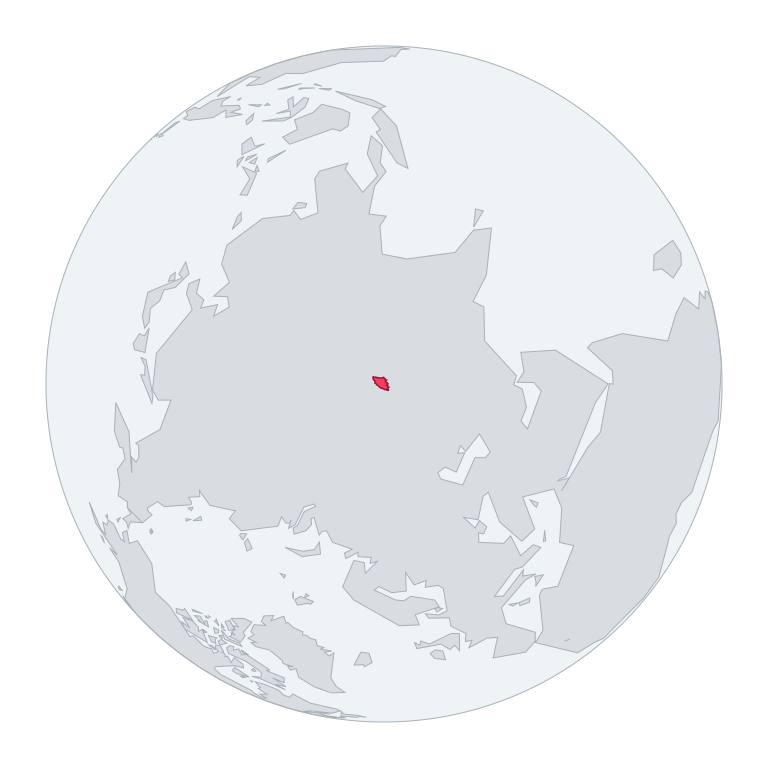 Ysyk-Köl on an orthographic globe, rotated 215°
{"feature_id": "KGZ-1117", "entity_name": "Ysyk-Köl", "entity_type": "Region", "adm_level": 1, "iso_a3": "KGZ", "parent_name": "Kyrgyzstan", "parent_adm1": "", "projection": "orthographic", "projection_center": [77.293, 42.048], "detail": "medium", "context": "on_globe", "style": "filled", "palette": "rose", "viewbox_px": 768, "rotation_deg": 215, "n_neighbors": 0, "source": "natural_earth", "source_scale": "10m", "svg_char_len": 12824}
<svg xmlns="http://www.w3.org/2000/svg" viewBox="0 0 768 768"><g transform="rotate(215 384 384)"><circle cx="384" cy="384" r="338" fill="#eef3f6" stroke="#a8b0b8"/><path d="M471.8,57.7L468.3,57.1L462.2,55.3L460.3,55.2L467.8,57.8L473.3,59.6L476.9,68.9L499.1,86.1L514.8,92.4L504.5,91.0L540.2,104.7L557.8,118.3L532.5,102.6L525.7,101.0L535.0,109.5L530.1,109.8L531.8,114.4L525.0,114.2L510.8,106.0L506.2,106.0L513.0,112.2L510.6,116.5L501.2,107.3L496.1,114.2L471.2,103.6L451.7,82.2L432.5,79.2L398.0,65.8L395.7,68.3L381.2,65.9L373.2,68.1L369.0,65.7L366.2,69.7L371.5,71.4L372.0,73.9L367.8,75.7L361.8,72.7L363.0,71.4L359.1,71.5L357.9,69.4L356.1,71.4L349.3,68.1L349.7,74.0L339.0,73.6L336.2,70.8L344.8,67.6L359.8,55.9L359.7,53.4L350.8,52.4L316.6,56.9L313.0,56.2L302.0,57.7L300.1,59.2L308.0,58.7L301.8,62.7L312.3,62.4L311.3,64.3L318.7,66.2L308.5,69.8L294.7,72.7L288.0,71.6L281.8,73.1L280.8,77.8L261.3,80.3L236.3,90.5L232.3,91.2L237.5,84.7L256.0,74.5L262.8,69.1L249.2,76.9L239.3,79.8L233.9,82.5L229.1,85.3L229.2,86.1L224.0,88.4L235.4,80.7L240.4,78.5L236.7,80.7L245.3,76.3L252.7,72.6L275.9,63.8L299.7,56.8L324.0,51.4L348.6,47.9L373.4,46.2L398.2,46.4L423.0,48.3L447.6,52.1L471.8,57.7ZM476.5,60.6L468.5,57.9L463.5,55.9L470.7,57.9L476.5,60.6ZM485.3,66.4L480.1,64.7L482.8,63.8L484.9,65.0L485.3,66.4ZM527.2,97.4L521.6,93.3L528.7,97.3L527.2,97.4ZM533.2,115.1L536.3,116.3L535.8,118.3L533.2,115.1ZM323.7,64.2L321.2,65.1L321.1,64.3L323.7,64.2ZM329.3,64.3L331.0,62.6L333.9,62.4L332.7,63.4L329.3,64.3ZM525.1,120.0L523.4,123.1L522.7,118.4L525.1,120.0ZM326.5,66.5L338.8,62.3L343.8,62.2L343.8,66.2L326.5,66.5ZM520.8,124.0L516.8,132.4L523.4,135.6L502.3,131.9L512.7,125.5L510.8,119.1L515.8,123.3L520.8,124.0ZM375.0,71.3L369.2,69.5L378.0,69.6L375.0,71.3ZM380.5,70.9L406.8,69.1L413.3,73.2L403.1,72.7L414.7,77.4L405.0,80.2L396.4,78.3L394.2,74.9L392.2,78.7L380.5,70.9ZM491.3,128.9L488.2,130.0L488.8,127.4L491.3,128.9ZM372.9,75.0L377.6,74.0L383.6,77.4L375.2,80.1L376.0,78.1L372.9,75.0ZM422.5,77.5L425.5,80.8L418.4,83.9L418.6,85.7L405.3,80.7L422.5,77.5ZM372.5,78.2L370.8,81.4L364.1,81.5L368.7,76.2L372.5,78.2ZM388.7,77.3L391.1,79.2L387.0,78.9L388.7,77.3ZM339.5,84.4L345.1,82.7L348.7,84.2L339.5,84.4ZM370.7,82.6L373.0,82.6L375.0,83.2L372.5,85.3L370.7,82.6ZM401.2,83.4L397.7,84.2L406.3,85.6L401.4,88.4L393.4,84.7L394.7,87.5L393.2,88.4L388.4,84.4L401.2,83.4ZM376.2,89.3L364.4,86.3L353.3,88.9L349.8,87.5L368.2,83.6L376.2,89.3ZM383.8,86.7L378.3,87.9L376.7,85.3L379.5,82.8L383.8,86.7ZM400.9,91.8L410.5,88.4L411.9,89.4L400.9,91.8ZM373.3,90.5L376.2,91.3L372.7,91.0L373.3,90.5ZM392.7,91.8L396.0,90.4L397.5,91.6L392.7,91.8ZM379.4,94.2L375.6,93.1L377.3,91.3L379.4,94.2ZM385.7,93.5L387.0,95.5L380.3,91.3L386.9,92.7L385.7,93.5ZM393.7,93.2L395.6,93.4L392.1,93.6L393.7,93.2ZM374.8,102.1L365.8,97.3L369.8,93.1L378.0,98.3L374.8,102.1ZM120.8,595.9L118.2,592.6L89.1,545.4L87.8,534.6L83.5,519.3L69.7,471.8L72.3,457.0L70.1,444.7L64.6,437.4L62.8,422.5L60.2,416.4L48.2,383.6L48.6,357.9L58.4,301.4L63.4,293.1L71.3,274.8L111.7,259.0L112.4,273.3L135.3,299.8L136.8,306.4L125.6,318.1L135.9,360.5L149.3,354.9L167.2,384.3L184.5,395.6L205.7,371.0L177.4,351.7L180.9,334.2L210.3,337.4L236.3,355.1L238.5,349.0L229.1,326.8L242.3,320.4L226.7,318.3L227.7,326.8L218.0,326.1L216.5,318.4L221.2,316.2L215.4,308.7L194.5,322.2L193.2,332.3L173.6,321.7L169.6,337.9L161.8,340.0L165.6,313.7L170.7,307.1L171.7,273.2L164.6,278.9L163.1,311.7L160.3,306.2L150.6,315.5L155.9,304.2L159.4,268.1L146.5,257.7L117.6,267.4L112.7,260.1L114.3,245.5L137.4,222.3L145.7,241.6L154.0,234.8L163.1,216.6L164.9,224.4L169.6,219.7L173.8,226.6L190.4,224.0L196.3,230.0L213.0,217.8L218.3,219.6L206.9,226.1L202.1,234.3L218.0,250.4L224.0,250.2L233.6,241.2L236.8,247.3L244.0,236.7L258.2,242.0L247.0,227.1L258.0,217.5L272.1,215.1L273.7,209.6L250.8,213.6L243.4,217.8L240.3,225.5L218.5,236.1L210.9,233.2L226.1,212.9L216.9,207.0L232.7,194.8L285.0,189.7L301.6,194.2L307.4,222.2L297.7,226.4L290.7,218.1L287.7,234.8L292.5,229.1L295.1,234.5L306.3,227.7L308.7,231.3L315.2,219.1L319.4,222.8L315.2,230.5L335.3,224.8L346.7,230.8L350.1,227.9L350.5,223.1L364.8,234.6L366.6,232.0L362.7,227.2L363.8,219.0L371.4,209.5L375.9,213.9L373.8,218.0L376.1,233.8L369.8,244.6L372.4,245.6L379.0,237.3L376.1,217.9L379.4,211.0L382.2,219.6L381.5,215.9L384.5,213.9L391.8,216.4L389.3,206.8L416.8,181.8L433.5,185.0L433.0,194.8L456.9,184.7L474.0,190.8L470.2,186.1L479.2,179.1L474.0,177.0L472.9,174.3L493.6,157.6L502.0,157.8L506.7,146.9L504.8,144.7L498.9,143.8L502.3,131.9L523.4,135.6L526.6,140.3L537.7,140.1L543.5,151.2L553.3,160.9L553.3,174.4L561.1,181.6L564.5,180.8L577.7,190.6L593.0,214.9L565.6,198.6L539.6,166.4L548.9,179.4L542.3,177.8L542.8,183.5L549.8,193.0L553.4,193.2L541.4,218.2L549.2,248.7L559.6,241.4L570.1,246.2L588.0,278.5L583.7,334.8L597.8,344.9L601.3,354.3L595.1,364.3L589.7,350.7L579.8,349.6L577.7,340.9L565.9,353.6L562.4,341.8L554.9,358.2L562.2,365.7L573.9,358.3L568.9,378.6L585.9,389.2L592.3,407.8L578.4,449.9L557.6,468.2L557.3,474.4L546.8,470.9L536.2,486.2L558.4,512.3L558.9,521.4L540.2,544.3L539.2,538.0L511.4,528.8L508.6,550.9L529.7,562.9L537.0,580.1L521.8,578.3L514.1,563.1L504.2,559.2L505.2,540.7L493.9,514.6L478.4,522.8L478.0,511.1L460.0,489.3L436.9,499.6L401.2,532.6L398.9,561.3L385.4,573.4L362.7,532.0L358.4,502.7L346.5,504.5L326.2,477.0L280.4,466.7L277.2,457.8L267.9,459.2L254.1,446.9L250.5,432.1L240.7,429.6L251.1,468.4L262.1,471.2L275.9,461.8L276.4,474.3L290.1,488.4L263.0,510.1L200.5,512.6L200.1,489.9L181.9,412.8L185.6,406.8L185.8,406.0L185.9,404.4L178.4,413.3L177.2,398.2L180.8,449.7L179.0,468.7L199.6,513.5L196.2,515.4L204.6,525.9L238.2,530.4L237.1,537.2L217.8,561.9L176.2,582.0L185.1,608.9L187.7,626.8L169.2,625.9L178.3,640.5L169.8,637.8L174.2,644.3L171.7,645.3L164.6,641.0L161.6,638.4L140.3,618.1L120.8,595.9ZM88.7,276.9L85.5,281.6L85.4,281.7L88.7,276.9ZM257.9,389.2L277.2,397.8L278.5,375.6L286.1,377.4L283.8,369.5L278.5,374.1L274.3,353.2L286.3,351.0L289.1,342.0L282.7,338.8L261.5,346.4L267.3,375.9L258.6,381.8L257.9,389.2ZM238.7,80.2L237.6,80.9L232.2,83.9L233.6,82.8L238.7,80.2ZM215.3,97.5L207.3,100.9L213.9,97.4L214.2,95.9L228.7,87.4L231.0,91.2L227.4,90.7L215.3,97.5ZM248.6,78.0L239.2,82.3L249.4,77.5L248.6,78.0ZM191.6,189.7L189.5,195.7L182.7,199.0L175.4,193.4L185.1,188.3L191.6,189.7ZM188.2,203.6L205.3,186.1L210.6,189.6L204.8,190.5L206.5,194.5L197.6,197.1L185.8,218.3L179.1,222.8L169.1,208.8L176.1,210.6L177.7,204.3L188.2,203.6ZM239.8,142.3L247.3,136.6L249.1,151.1L241.9,154.8L234.0,149.0L237.9,141.2L239.8,142.3ZM324.2,75.2L326.9,73.5L328.6,74.1L327.6,76.1L324.2,75.2ZM341.8,83.5L313.9,84.2L315.6,82.0L297.1,86.0L294.5,82.0L306.6,79.4L290.7,79.8L300.6,75.9L289.3,77.0L316.4,71.6L324.6,68.7L316.5,73.3L318.6,76.9L322.1,77.6L337.8,77.7L356.5,74.0L361.7,77.6L360.3,81.2L356.6,82.6L354.5,79.7L351.1,83.7L345.1,80.6L341.8,83.5ZM341.6,131.0L340.7,125.3L332.8,136.3L326.8,131.8L326.3,133.4L318.6,132.5L308.3,134.4L306.8,131.7L303.4,133.7L298.3,133.4L293.2,135.3L288.7,131.4L282.1,133.6L283.7,130.5L273.5,135.4L279.1,130.1L272.9,129.8L270.8,135.1L259.1,112.9L249.8,108.9L239.1,108.9L250.1,100.7L267.2,96.0L285.5,94.8L292.8,100.3L296.5,96.0L301.1,97.6L296.2,100.3L306.4,97.1L308.9,99.2L325.2,100.4L338.2,95.4L344.5,96.0L340.6,99.1L349.6,97.7L346.6,104.1L351.0,104.8L352.4,112.3L342.4,118.4L348.1,118.9L349.4,125.1L341.6,131.0ZM374.8,104.3L364.2,111.7L355.6,113.2L356.8,99.7L353.2,98.1L353.6,90.3L365.9,88.5L364.7,90.8L366.3,92.7L361.8,92.5L366.7,94.1L365.1,97.5L368.4,99.8L364.1,101.5L374.8,104.3ZM143.6,305.1L145.7,308.8L150.1,312.8L144.1,319.1L143.6,305.1ZM145.5,280.4L148.2,282.2L141.8,292.3L139.6,288.8L145.5,280.4ZM155.1,275.1L148.8,281.6L150.9,276.0L155.1,275.1ZM209.9,227.5L213.3,229.2L211.6,231.8L207.2,233.7L209.9,227.5ZM317.1,165.4L317.9,161.2L320.3,160.9L328.2,153.1L333.3,156.2L330.5,162.1L317.1,165.4ZM197.8,372.8L189.6,375.0L188.4,370.5L191.4,370.6L197.8,372.8ZM163.2,346.6L168.5,356.4L161.5,348.2L163.2,346.6ZM324.0,167.4L326.7,163.8L327.5,167.6L324.0,167.4ZM337.4,158.1L339.4,162.0L334.8,155.7L337.4,158.1ZM236.9,644.8L229.9,667.2L216.1,661.6L208.7,652.1L208.0,636.7L222.5,637.7L228.3,631.6L236.9,644.8ZM605.6,592.4L613.0,589.2L612.6,590.4L605.6,592.4ZM597.9,592.9L606.8,588.7L596.0,596.0L597.9,592.9ZM610.2,587.0L619.2,580.0L623.1,576.1L622.1,578.7L610.2,587.0ZM591.7,596.0L556.4,610.2L541.9,612.2L545.7,607.1L569.2,599.9L591.7,596.0ZM544.5,607.4L521.9,602.6L487.9,574.3L500.2,572.6L535.0,586.0L532.9,590.3L546.6,595.4L544.5,607.4ZM597.8,565.7L595.5,577.4L576.4,584.8L567.5,586.6L561.4,574.8L564.8,566.2L572.3,563.7L598.9,526.2L608.6,528.1L601.0,542.9L608.8,549.0L597.8,565.7ZM400.6,563.9L409.4,579.9L401.9,582.7L400.6,563.9ZM608.0,502.3L598.4,519.3L606.6,498.9L608.0,502.3ZM611.9,484.4L613.3,490.2L608.3,486.5L611.9,484.4ZM558.6,483.4L550.8,487.6L549.8,483.2L559.1,475.1L558.6,483.4ZM597.0,423.5L600.0,437.2L599.5,442.5L594.5,435.9L597.0,423.5ZM371.3,193.4L354.5,200.4L345.9,208.5L346.3,217.5L338.5,208.2L351.9,195.7L371.3,193.4ZM410.7,182.5L410.2,175.4L415.1,177.0L415.9,178.9L410.7,182.5ZM407.0,179.2L397.6,173.5L400.4,168.6L407.3,174.0L407.0,179.2ZM360.3,169.3L355.0,171.0L354.4,167.7L360.3,169.3ZM620.1,625.7L617.2,628.4L564.5,668.5L555.1,673.1L562.0,667.6L562.5,658.8L566.1,657.3L569.5,648.2L603.3,622.9L628.9,591.4L642.4,582.4L655.8,559.6L668.1,549.0L661.4,564.1L670.6,558.5L685.5,523.7L682.6,541.9L683.2,541.1L669.9,564.1L655.0,585.9L638.3,606.5L620.1,625.7ZM623.9,582.9L634.9,568.7L640.2,564.4L623.9,582.9ZM715.4,450.3L714.9,451.8L715.1,450.8L715.4,450.1L715.4,450.3ZM714.3,454.1L713.6,455.7L713.8,454.8L714.3,454.1ZM698.7,491.4L702.3,493.7L697.8,502.1L693.3,503.3L687.0,517.9L674.4,531.6L678.2,523.5L677.2,518.1L662.4,529.2L659.4,527.0L665.3,518.8L654.6,523.6L666.4,511.7L670.6,517.9L677.0,504.1L686.6,495.5L695.0,488.1L700.5,486.3L698.7,491.4ZM665.2,534.0L667.1,532.3L665.1,536.8L665.2,534.0ZM712.2,456.3L713.2,456.5L712.9,458.3L712.2,459.8L712.2,456.3ZM702.0,482.3L708.4,463.5L709.6,461.1L705.1,477.6L702.0,482.3ZM707.4,460.7L709.8,456.9L710.7,458.9L710.1,461.2L707.4,460.7ZM641.4,543.8L640.7,547.0L637.5,547.1L641.4,543.8ZM645.7,539.2L655.2,535.1L644.7,542.2L645.7,539.2ZM614.0,548.8L617.2,553.9L627.3,543.8L619.5,554.5L625.8,561.5L623.2,567.0L617.1,559.0L614.0,572.6L609.4,574.8L607.5,565.6L612.4,550.1L616.9,542.1L634.8,529.3L614.0,548.8ZM645.9,530.9L643.2,524.7L645.1,517.9L648.0,520.2L645.9,530.9ZM634.3,510.0L626.1,504.7L619.5,512.4L632.0,490.4L638.0,499.2L634.3,510.0ZM625.9,492.0L619.9,499.2L625.6,487.1L625.9,492.0ZM617.8,496.7L616.1,490.0L621.4,488.1L617.8,496.7ZM629.3,490.3L628.9,477.6L632.4,483.1L629.3,490.3ZM611.5,475.1L624.4,480.8L609.2,483.7L604.3,460.2L610.4,456.4L611.5,475.1ZM619.0,355.7L615.1,349.3L619.5,344.2L620.9,350.0L619.0,355.7ZM630.1,323.7L619.3,340.8L610.1,355.3L614.9,356.3L616.4,370.3L606.9,362.4L610.4,343.4L618.2,334.7L615.4,323.5L618.7,311.9L611.9,300.0L612.0,292.4L620.6,300.7L630.1,323.7ZM608.6,295.3L597.9,272.7L608.0,269.0L612.6,273.1L613.2,284.8L607.9,286.0L608.6,295.3ZM598.3,266.3L593.0,267.5L566.1,241.3L563.0,235.0L588.7,251.9L585.1,254.0L589.9,261.5L598.3,266.3ZM491.3,132.1L488.5,130.2L492.2,130.6L491.3,132.1ZM469.8,173.4L469.0,169.8L473.4,170.0L469.8,173.4ZM469.0,160.2L464.6,162.3L467.4,158.1L469.0,160.2ZM455.2,167.9L462.0,162.3L458.2,170.4L455.2,167.9Z" fill="#d9dde1" stroke="#a8b0b8" stroke-width="1"/><path d="M396.7,382.9L396.8,383.3L397.0,383.6L396.9,383.9L396.7,383.9L395.6,384.0L395.2,384.1L394.9,384.7L394.8,384.8L394.2,384.9L393.2,385.5L392.7,385.5L392.4,385.8L391.9,386.0L391.4,386.3L391.2,386.4L390.7,386.7L390.1,387.0L389.9,387.3L389.4,387.5L388.7,387.9L388.6,388.1L388.7,388.5L388.4,388.8L388.2,389.1L387.9,388.7L387.7,388.7L387.3,388.9L387.0,389.0L386.7,389.0L386.1,388.8L385.6,388.8L385.5,388.7L385.6,388.4L385.3,388.3L384.3,388.6L384.4,388.4L384.6,387.9L384.1,387.6L384.0,387.2L384.3,386.6L384.2,386.5L383.7,386.7L382.9,386.7L382.3,386.6L381.9,386.8L381.6,386.7L381.4,386.6L381.2,386.6L381.5,385.9L381.5,385.7L381.2,385.5L380.4,385.5L380.3,385.4L380.5,385.2L381.0,385.1L381.2,384.6L380.9,384.7L380.4,384.4L380.0,384.4L379.6,384.2L379.4,384.2L379.0,384.0L378.6,384.2L378.4,384.2L378.7,383.8L378.7,383.6L378.4,383.3L378.4,383.1L378.4,382.5L378.2,382.3L378.2,382.0L377.9,381.9L377.8,382.1L377.4,382.1L377.2,381.9L376.9,381.8L376.8,381.5L377.0,381.4L377.1,381.1L377.5,380.9L377.7,380.7L378.1,380.8L378.7,380.6L379.1,380.7L379.7,380.2L380.3,379.9L380.5,379.7L381.1,379.8L381.4,379.7L381.8,379.8L382.0,379.6L383.1,379.6L383.3,379.5L383.5,379.2L383.7,378.9L384.2,379.0L384.6,378.8L384.9,378.9L385.2,379.0L385.4,378.9L385.8,378.9L386.1,379.0L386.6,379.0L387.2,379.2L388.1,379.2L388.4,379.2L388.7,379.1L388.9,379.1L389.2,379.1L389.6,379.2L390.0,379.5L390.6,379.5L390.9,379.7L391.4,379.7L391.5,379.7L391.9,379.6L392.1,379.6L392.2,380.0L392.3,380.3L392.9,380.8L393.2,381.2L393.3,381.4L393.5,381.5L393.9,381.5L394.5,381.4L395.4,381.6L395.6,381.7L395.8,382.0L396.1,382.3L396.6,382.8L396.7,382.9Z" fill="#f43f5e" stroke="#9f1239" stroke-width="1.5"/></g></svg>